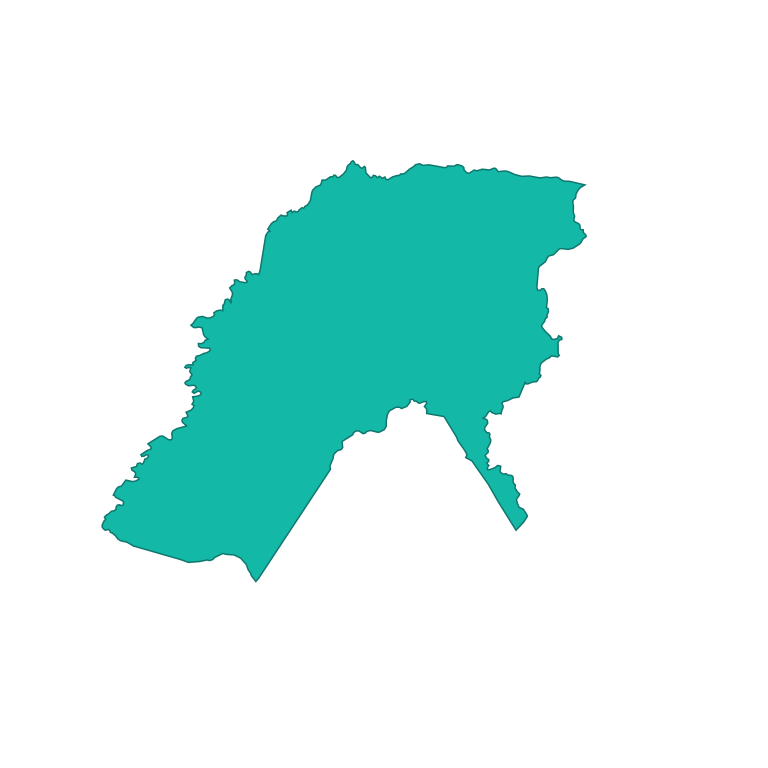 Rondonópolis, Mato Grosso, Brazil, rotated 34°
{"feature_id": "56859067B39201952923090", "entity_name": "Rondonópolis", "entity_type": "district", "adm_level": 2, "iso_a3": "BRA", "parent_name": "Brazil", "parent_adm1": "Mato Grosso", "projection": "robinson", "projection_center": [-54.671, -16.573], "detail": "fine", "context": "isolated", "style": "filled", "palette": "teal", "viewbox_px": 768, "rotation_deg": 34, "n_neighbors": 0, "source": "geoboundaries", "source_scale": "gbopen_adm2", "svg_char_len": 6170}
<svg xmlns="http://www.w3.org/2000/svg" viewBox="0 0 768 768"><g transform="rotate(34 384 384)"><path d="M370.9,610.7L375.2,613.9L379.6,615.7L381.1,617.1L388.2,619.4L388.7,614.9L387.3,484.7L385.0,482.1L383.4,474.2L381.7,470.5L382.5,465.8L385.2,462.2L385.3,459.8L381.4,455.1L386.5,443.5L386.0,441.6L386.9,438.8L389.5,436.9L394.4,436.9L395.8,435.4L396.4,432.7L398.8,430.1L406.1,427.4L407.4,426.0L409.8,421.6L409.5,417.8L406.5,413.3L403.9,407.3L403.5,403.3L407.0,396.4L410.2,394.5L412.2,394.6L415.4,389.9L415.8,384.4L414.3,382.5L416.6,380.4L418.7,381.3L420.2,380.2L423.4,380.5L424.6,379.7L426.8,376.3L428.9,374.9L430.3,376.6L430.0,380.0L433.4,380.9L435.9,384.6L452.0,377.4L474.2,387.6L476.8,389.6L488.5,394.1L492.5,396.4L492.9,399.3L499.8,398.6L526.7,408.9L544.4,417.7L575.2,431.4L577.0,420.4L576.9,413.6L575.2,412.3L569.4,409.9L565.0,410.7L561.8,408.7L558.3,405.7L558.4,401.1L558.0,399.3L554.8,398.8L550.7,396.9L549.3,394.2L547.4,394.0L545.3,392.5L544.1,390.2L542.3,388.5L540.1,388.8L538.0,390.1L535.1,390.2L533.4,392.0L531.3,392.2L529.2,391.8L526.8,386.9L525.3,387.3L523.7,388.1L522.8,391.3L520.7,394.3L519.2,396.2L517.5,397.1L516.5,395.2L516.5,392.9L514.6,392.7L513.5,391.5L514.1,389.6L512.9,388.0L511.0,388.2L507.9,386.9L507.9,384.8L508.6,382.7L507.7,380.9L505.8,380.2L505.2,374.5L504.7,372.2L503.5,370.4L500.8,368.8L499.9,366.4L498.3,365.8L496.6,366.9L493.0,365.7L491.8,363.5L492.0,358.8L490.8,357.1L489.3,356.1L485.2,356.9L486.4,354.5L486.3,348.2L487.5,346.8L489.1,347.4L493.5,346.5L496.3,343.7L497.8,343.3L496.5,340.3L495.9,337.0L495.0,335.6L492.4,334.0L492.7,332.2L495.7,328.7L498.8,323.4L503.2,319.4L500.1,303.7L501.7,304.5L503.2,303.5L506.3,298.9L509.0,297.0L509.4,295.3L509.0,293.3L509.7,290.8L509.3,289.1L507.0,288.6L505.4,284.9L503.7,282.9L502.8,280.0L502.9,277.9L504.6,272.8L506.7,269.2L507.0,267.0L512.9,264.4L513.3,262.2L511.6,261.6L504.9,252.1L504.9,249.4L506.5,247.7L505.2,245.9L501.8,246.4L502.3,249.2L500.3,251.8L497.9,252.9L495.2,251.4L488.2,250.2L482.4,248.3L481.9,246.1L482.1,242.3L481.3,239.6L482.0,237.5L480.7,235.9L479.8,231.9L478.0,229.8L475.9,229.8L472.1,222.4L468.7,218.6L465.4,216.5L463.2,215.7L461.6,216.7L461.2,218.9L459.0,220.4L456.8,218.6L447.4,201.8L447.0,199.8L449.4,192.5L448.8,187.7L449.1,185.6L452.2,182.1L453.8,174.0L455.5,172.4L461.4,169.4L464.8,165.7L467.8,158.8L468.2,156.6L467.8,152.5L469.2,148.7L467.4,147.3L464.4,147.0L463.0,144.7L461.5,145.7L459.8,145.6L457.6,142.8L455.9,142.2L451.3,142.8L449.6,142.0L448.2,138.2L445.0,136.0L441.6,130.6L439.2,128.2L438.0,125.9L438.8,122.7L436.9,118.9L436.5,114.3L437.0,111.3L439.2,106.6L424.3,112.3L419.9,115.1L417.3,115.6L413.3,115.4L411.3,116.1L406.5,120.0L403.1,121.4L398.1,125.9L388.1,130.3L382.1,134.8L375.6,137.1L367.6,138.6L364.8,140.0L359.9,144.1L356.2,142.9L354.6,143.4L351.7,147.6L345.3,151.0L341.9,155.2L339.0,156.3L336.9,161.5L334.7,162.6L330.6,161.7L329.1,159.9L326.7,159.6L322.5,160.9L321.4,161.8L320.5,164.1L314.8,167.6L314.6,169.4L313.6,170.6L298.8,177.1L294.0,181.0L290.5,181.4L287.5,184.5L286.9,187.4L284.8,192.1L283.6,197.2L282.4,199.1L280.3,200.6L280.1,202.6L278.3,203.8L275.3,207.5L272.9,212.7L270.9,213.1L269.0,211.9L267.7,214.4L264.0,214.3L263.2,216.6L260.3,216.2L258.6,216.9L258.4,219.8L257.2,220.5L250.9,219.0L247.4,214.8L245.9,214.7L245.4,217.3L243.5,217.8L239.6,216.7L237.5,218.1L235.1,216.6L233.4,216.3L232.6,218.1L232.9,219.7L231.9,222.7L231.9,224.4L233.3,227.8L232.9,232.4L231.3,237.8L229.7,239.0L227.1,238.1L225.6,239.0L225.8,240.8L223.8,242.1L221.6,247.5L218.6,249.6L219.8,252.9L219.9,254.8L217.4,258.5L216.5,263.1L216.9,265.2L220.4,273.2L220.5,278.2L219.1,280.9L219.2,283.4L217.4,283.7L216.2,287.5L216.5,289.2L214.8,290.6L213.0,290.7L211.9,293.3L209.8,291.8L207.8,296.2L209.2,297.2L209.5,299.0L206.3,301.1L204.2,301.5L203.1,305.9L203.6,308.7L201.6,311.5L200.9,314.3L201.1,320.7L203.9,321.0L202.8,323.0L202.9,327.0L217.4,358.4L218.9,363.2L216.1,364.0L213.5,367.0L210.5,365.9L208.8,366.3L207.6,368.6L209.0,371.0L209.0,373.4L210.3,374.6L213.5,375.5L212.7,377.3L207.3,379.9L204.5,379.8L202.8,380.5L201.8,381.7L203.4,383.1L204.2,385.5L203.0,387.4L202.3,390.7L207.2,392.9L208.6,395.2L209.6,399.4L211.0,400.4L211.6,402.2L208.2,400.7L206.7,401.2L205.3,402.9L206.8,407.2L206.4,408.9L209.4,413.3L207.0,414.2L204.3,417.0L203.1,420.2L204.7,421.4L204.8,423.2L202.7,426.6L200.8,428.1L195.7,429.5L192.5,432.5L191.9,434.2L191.7,441.2L191.0,443.2L194.6,443.6L196.8,442.3L198.0,440.7L201.7,439.1L206.8,443.9L209.1,444.9L213.0,445.2L211.4,447.6L211.4,450.0L210.4,452.4L207.5,454.2L209.1,456.3L211.7,456.4L218.9,452.1L220.7,452.3L220.9,454.3L219.6,457.2L217.6,459.3L215.4,463.1L212.9,466.0L213.4,468.4L215.0,469.5L213.5,473.1L215.0,474.9L210.8,477.7L209.6,479.3L209.5,481.5L211.3,481.5L212.9,479.5L214.7,478.5L216.0,482.3L219.7,483.8L219.6,486.7L220.6,488.7L218.3,492.8L218.4,494.5L219.7,495.1L223.1,494.7L226.8,491.5L228.8,491.2L230.5,491.8L230.4,493.7L229.4,495.8L229.5,497.8L231.7,498.0L233.6,494.4L235.1,493.3L236.9,493.4L237.9,494.6L237.6,496.4L236.2,498.3L232.5,501.6L235.9,504.7L236.2,508.2L238.7,508.1L239.1,510.6L238.7,513.4L235.7,518.1L239.5,520.2L239.2,521.9L236.5,524.9L236.8,527.0L238.2,528.4L243.8,529.2L237.2,536.9L235.1,541.0L235.6,543.5L238.5,546.9L239.0,549.2L236.5,550.7L229.7,550.8L227.5,552.6L221.7,565.6L226.0,566.5L227.3,567.7L224.6,572.1L222.0,578.5L223.7,579.5L225.5,577.9L226.5,575.6L227.9,574.8L229.3,575.7L229.0,578.5L227.8,579.7L228.7,584.3L228.3,585.9L226.1,585.8L224.1,587.8L224.9,590.8L221.5,594.9L223.3,596.4L226.0,596.2L227.9,596.8L228.8,598.6L229.2,600.9L231.1,599.5L233.0,599.1L234.0,600.2L232.4,603.3L230.0,605.6L223.7,608.0L223.5,615.5L221.5,617.6L220.8,620.0L221.7,627.5L223.2,627.2L225.1,628.0L232.8,627.0L234.4,627.9L235.3,630.5L234.0,631.8L232.4,631.9L230.6,633.6L230.8,636.2L231.9,637.6L231.2,639.9L229.1,642.1L228.3,645.9L227.2,647.6L226.7,650.8L228.9,651.8L228.5,654.2L229.2,658.6L230.8,660.5L233.0,661.0L234.8,661.1L237.0,658.6L238.6,658.8L240.1,660.0L242.2,659.5L246.4,660.0L250.4,661.4L253.4,661.2L259.4,658.9L267.0,658.4L312.8,643.5L321.7,641.2L330.0,634.6L335.9,628.7L338.1,628.0L340.1,625.4L340.7,622.3L345.2,614.6L348.6,613.4L355.3,609.6L362.5,608.5L370.9,610.7Z" fill="#14b8a6" stroke="#0f766e" stroke-width="1.5"/></g></svg>